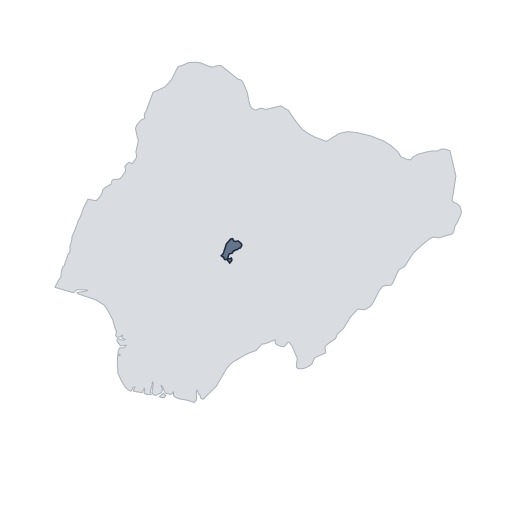 location of Karu, Nassarawa, Nigeria, rotated 19°
{"feature_id": "59680162B13670821264537", "entity_name": "Karu", "entity_type": "district", "adm_level": 2, "iso_a3": "NGA", "parent_name": "Nigeria", "parent_adm1": "Nassarawa", "projection": "natural_earth1", "projection_center": [7.844, 8.986], "detail": "fine", "context": "in_parent", "style": "filled", "palette": "slate", "viewbox_px": 512, "rotation_deg": 19, "n_neighbors": 0, "source": "geoboundaries", "source_scale": "gbopen_adm2", "svg_char_len": 5448}
<svg xmlns="http://www.w3.org/2000/svg" viewBox="0 0 512 512"><g transform="rotate(19 256 256)"><path d="M405.1,93.3L419.0,115.4L422.0,131.7L423.2,139.8L425.5,140.8L429.8,141.2L432.9,142.8L434.8,145.5L436.0,148.0L436.2,149.5L435.4,159.3L434.3,162.8L435.0,167.7L434.8,169.7L434.3,171.1L432.4,172.8L429.8,174.3L423.6,179.0L421.8,179.7L419.2,179.8L416.9,181.0L414.3,183.5L408.5,192.9L403.6,202.3L400.0,217.6L395.7,222.3L394.9,226.6L394.3,236.1L393.6,238.9L392.9,239.8L388.2,241.6L385.5,243.8L383.9,248.1L381.8,262.7L381.1,265.1L379.6,267.7L377.2,270.4L375.1,271.9L369.7,272.9L364.6,284.0L364.5,285.9L362.3,295.9L358.3,303.4L358.1,308.3L353.1,314.9L350.6,319.4L353.2,324.1L353.4,324.9L344.9,332.9L344.4,334.1L344.1,339.6L343.4,341.1L341.8,343.1L339.5,345.4L337.2,347.1L334.6,348.3L332.0,348.7L330.6,348.0L329.8,346.4L328.4,339.6L327.6,338.2L326.0,336.8L319.4,329.4L315.4,326.8L314.6,327.0L313.9,327.7L312.8,331.4L311.7,332.8L309.6,333.3L306.0,333.3L303.3,332.8L302.7,332.1L301.4,329.1L293.3,335.9L290.4,337.4L286.8,345.4L281.7,349.4L278.1,352.9L268.7,363.8L266.8,367.0L264.9,371.8L260.8,392.3L254.3,405.1L253.4,407.8L253.0,407.7L252.2,408.9L249.6,408.1L248.5,405.8L246.9,405.4L244.2,401.9L243.6,402.5L246.5,411.3L245.4,414.7L237.4,414.8L230.5,416.0L225.8,415.9L223.4,414.6L222.3,411.3L221.9,411.7L221.7,413.4L220.2,414.8L214.9,415.1L212.5,412.8L210.6,410.3L208.6,409.2L208.9,410.2L211.2,412.7L210.9,416.3L206.6,420.4L203.9,420.6L202.2,418.8L201.4,415.9L200.9,411.7L199.8,408.9L199.2,408.9L199.9,413.5L200.0,417.9L202.0,421.2L198.9,422.3L195.1,422.4L194.6,421.1L194.2,418.3L193.5,417.6L192.7,422.3L185.0,423.7L183.9,423.5L183.7,422.6L184.3,421.3L184.1,419.2L182.4,420.8L182.2,424.1L181.2,424.6L178.2,424.1L175.0,422.4L169.8,418.3L163.4,411.6L162.4,408.6L160.6,404.9L157.3,394.7L157.9,394.2L159.3,394.8L160.1,393.8L157.4,393.1L156.9,392.4L156.7,390.1L156.8,387.4L160.8,385.9L161.8,384.2L162.3,382.6L157.3,385.1L152.7,382.2L151.7,380.5L152.2,379.1L157.6,379.0L159.5,377.7L158.3,377.3L156.3,377.3L155.5,376.5L155.6,374.4L154.9,374.8L154.0,376.7L150.9,378.1L149.1,376.7L148.9,373.7L148.5,372.3L146.9,371.2L141.5,363.2L134.6,356.5L128.5,351.9L119.2,349.7L99.9,349.7L98.8,349.1L100.0,348.0L101.7,347.3L107.9,343.6L106.9,343.1L100.4,345.4L98.2,345.7L95.3,350.2L76.2,351.1L76.3,349.1L77.2,343.2L78.3,339.1L77.1,334.2L76.8,329.7L77.6,328.3L77.8,326.6L77.7,315.1L78.7,313.4L78.7,312.2L76.8,307.3L76.8,303.6L76.4,300.0L75.8,298.3L76.6,284.3L76.4,280.8L77.0,278.3L77.3,272.3L77.3,266.4L78.6,257.0L86.8,255.8L88.8,252.1L89.9,247.5L89.6,242.9L92.2,238.9L95.5,235.3L95.3,231.4L96.2,230.2L97.7,229.3L99.9,228.8L102.4,226.9L103.7,223.4L105.1,218.0L103.0,214.2L103.0,213.3L103.8,211.3L105.1,209.2L106.1,208.6L108.5,209.1L109.3,208.3L110.8,202.3L110.7,200.6L108.5,196.6L107.3,185.7L106.7,184.2L105.0,182.2L100.5,174.6L100.6,170.9L102.5,166.2L103.7,164.0L105.5,162.7L105.8,161.6L105.3,160.3L104.5,159.4L104.3,157.3L105.1,154.3L104.9,151.1L105.4,134.7L109.1,131.4L114.5,126.0L117.3,120.4L118.8,116.2L120.6,102.0L123.5,100.5L128.9,95.3L136.2,92.3L141.0,91.4L149.3,92.0L153.6,91.5L157.2,88.7L158.8,87.9L161.1,87.4L181.9,94.8L183.8,94.4L185.4,94.9L188.0,96.9L194.1,103.7L200.5,114.3L202.5,116.6L204.5,117.8L206.6,118.3L208.1,118.1L209.6,117.1L211.6,115.1L214.7,114.2L217.2,114.4L230.2,106.2L231.4,106.1L239.4,107.9L250.2,116.0L259.1,121.4L265.3,123.1L272.7,124.4L285.2,124.8L294.6,113.4L298.1,110.9L302.3,108.6L311.0,106.5L325.5,105.1L339.2,105.7L347.6,107.7L356.6,111.4L360.5,114.9L366.5,115.5L370.8,114.8L372.2,111.3L376.6,106.6L383.1,102.3L388.4,99.3L392.7,98.0L396.6,94.5L399.7,93.4L405.1,93.3ZM215.4,419.6L212.4,420.7L210.5,420.5L213.1,415.8L214.5,416.8L216.2,417.2L215.4,419.6Z" fill="#d9dde1" stroke="#a8b0b8" stroke-width="1"/><path d="M223.0,267.1L223.4,267.3L224.0,267.5L224.4,267.5L225.2,267.5L225.6,268.1L225.8,268.0L226.0,267.9L226.5,268.6L226.8,269.0L227.5,269.5L227.7,269.4L228.3,269.5L228.7,269.2L229.1,268.7L229.3,268.6L230.0,268.9L230.2,269.0L230.6,269.5L230.9,269.6L231.0,269.7L231.4,269.8L231.5,269.9L232.1,270.3L233.4,271.3L233.5,271.3L233.7,270.5L233.7,270.2L234.3,269.4L234.3,268.9L234.6,268.5L234.5,268.1L234.4,267.9L234.3,267.2L234.3,266.9L233.8,266.5L233.5,266.2L233.3,265.9L233.0,266.0L232.8,266.4L232.6,266.7L232.4,267.1L231.8,267.5L231.2,267.4L230.7,267.5L230.0,267.2L229.8,266.5L229.9,266.1L230.0,265.6L229.8,264.6L229.9,263.3L230.0,263.2L230.1,262.9L230.1,262.6L230.3,262.5L230.5,262.5L230.6,262.4L231.1,261.9L231.3,261.8L231.6,261.6L232.4,261.4L232.5,261.2L232.7,260.8L232.8,260.5L232.8,260.3L232.8,259.9L232.8,259.7L233.0,259.2L233.0,258.7L233.2,258.2L233.3,258.1L233.5,258.2L233.8,258.3L233.9,258.2L234.0,258.0L234.1,257.9L234.2,257.7L234.4,257.4L234.5,257.2L234.7,256.8L234.8,256.7L235.3,256.4L235.5,256.5L235.9,256.3L236.1,256.2L236.3,255.9L236.6,255.6L236.6,255.4L236.7,255.2L236.8,254.9L237.0,254.6L237.3,254.3L237.4,254.2L238.0,253.9L238.3,253.6L238.5,253.6L238.7,253.3L238.9,252.0L239.2,250.6L239.1,250.4L238.9,250.1L238.7,249.9L238.4,249.4L237.9,249.1L237.0,248.7L236.5,248.4L236.4,248.4L236.1,248.3L234.7,247.7L234.1,247.6L233.4,248.0L232.7,248.5L231.3,249.0L230.7,249.2L230.3,249.1L229.6,248.5L229.4,248.3L229.0,248.0L228.4,247.3L228.2,247.2L226.5,248.1L225.7,250.2L224.5,253.1L224.1,254.2L224.1,255.2L224.1,256.4L224.1,256.7L224.2,257.7L224.2,258.3L224.2,260.0L224.2,260.4L224.2,261.2L224.2,261.4L224.3,263.8L224.3,264.0L224.2,264.2L224.2,264.5L223.4,266.3L223.0,267.1Z" fill="#64748b" stroke="#1e293b" stroke-width="1.5"/></g></svg>